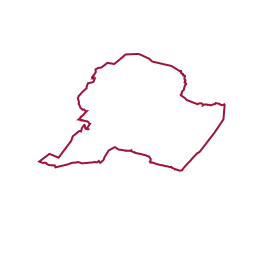 outline of Rendalen nor, Hedmark, Norway, rotated 323°
{"feature_id": "86288312B88288048958724", "entity_name": "Rendalen nor", "entity_type": "district", "adm_level": 2, "iso_a3": "NOR", "parent_name": "Norway", "parent_adm1": "Hedmark", "projection": "natural_earth1", "projection_center": [11.219, 61.807], "detail": "fine", "context": "isolated", "style": "outline", "palette": "rose", "viewbox_px": 256, "rotation_deg": 323, "n_neighbors": 0, "source": "geoboundaries", "source_scale": "gbopen_adm2", "svg_char_len": 5227}
<svg xmlns="http://www.w3.org/2000/svg" viewBox="0 0 256 256"><g transform="rotate(323 128 128)"><path d="M137.2,61.7L136.0,63.9L133.2,65.0L132.5,65.1L130.1,65.7L129.8,65.9L129.7,66.0L129.8,66.2L130.8,66.7L131.1,66.8L130.8,67.2L130.3,67.5L130.1,67.5L131.4,68.4L128.1,70.4L124.8,69.1L123.0,68.2L120.3,69.7L120.1,69.9L120.1,70.0L119.9,70.1L119.7,70.4L119.5,70.5L119.0,71.1L118.9,71.3L115.1,71.6L114.5,71.7L113.3,71.7L111.7,72.1L109.9,72.5L107.9,72.8L107.5,73.0L106.5,73.7L106.0,73.9L105.9,74.0L105.7,74.3L105.6,74.5L105.4,74.8L105.3,75.2L105.4,75.4L104.1,78.4L103.0,79.1L103.0,79.8L103.0,80.5L102.2,83.1L102.4,84.2L102.7,86.1L104.1,86.8L104.2,89.0L105.2,89.7L102.1,90.2L100.2,90.7L98.5,90.7L98.3,90.7L98.4,90.8L97.8,90.9L97.7,90.8L97.0,90.8L96.9,90.9L97.0,91.0L94.1,91.5L93.7,91.5L95.5,93.2L96.1,94.0L95.5,94.0L98.7,97.4L99.0,97.8L99.4,98.1L99.5,98.2L99.6,98.8L99.9,99.4L99.9,99.8L99.8,100.5L99.9,101.6L100.1,101.8L99.6,102.0L98.8,102.3L98.2,102.5L97.5,102.6L97.2,102.8L96.3,103.1L95.8,103.2L95.8,103.3L95.6,103.7L95.5,104.3L95.5,104.6L95.6,104.8L95.7,105.1L95.3,105.1L95.0,104.7L94.8,104.4L94.6,104.2L94.3,104.0L93.9,103.5L93.7,103.0L93.7,102.6L93.8,102.3L94.5,100.9L94.8,100.7L94.8,100.3L94.8,100.1L94.8,99.9L95.1,99.6L95.1,99.4L94.7,99.3L92.3,99.9L91.8,100.1L91.2,100.2L90.9,100.5L88.4,102.5L88.0,101.9L87.8,101.7L87.7,101.4L87.1,101.1L78.9,101.4L74.9,104.1L54.7,109.9L49.7,101.4L36.9,101.4L38.8,104.4L39.3,104.9L40.7,105.6L41.7,106.9L41.4,107.9L42.8,110.2L45.0,112.2L47.0,113.8L46.4,115.8L57.9,120.8L62.3,122.1L63.6,122.9L66.3,124.7L67.0,124.7L68.2,125.8L69.3,127.6L70.3,128.8L78.8,134.0L79.5,134.5L81.1,135.1L81.5,135.8L82.0,136.4L82.6,136.8L84.9,136.8L84.9,137.0L84.8,137.3L84.8,137.5L84.7,137.6L84.7,137.8L84.8,138.4L84.9,139.0L85.1,139.3L87.5,138.9L89.1,138.8L89.9,138.4L91.3,137.4L92.5,136.8L93.5,136.5L99.0,134.3L100.0,134.5L101.8,134.7L105.1,135.2L106.1,135.5L106.6,136.9L107.1,138.5L107.4,139.4L110.7,142.7L112.4,144.7L112.6,144.7L112.6,144.8L112.7,145.0L112.8,145.0L113.1,145.3L113.5,145.6L113.8,145.7L113.9,145.8L114.0,145.9L114.1,146.0L114.3,146.1L114.5,146.2L114.6,146.4L114.9,146.6L115.4,147.1L115.7,147.2L115.9,147.2L116.0,147.3L116.1,147.5L116.3,147.4L116.5,147.5L116.3,147.6L116.4,147.9L116.6,147.9L116.5,148.0L116.8,148.4L117.2,149.0L117.3,149.5L117.4,149.8L118.2,151.2L118.4,151.1L118.5,151.1L118.7,151.5L118.8,151.7L118.8,152.0L119.0,152.2L119.1,152.6L119.5,153.1L120.2,153.8L120.4,154.1L120.5,154.1L120.7,154.4L120.8,154.7L121.3,155.0L121.5,155.2L121.8,155.7L122.3,156.1L122.4,156.3L122.9,156.9L123.1,157.2L124.3,158.7L124.9,159.5L125.0,159.5L125.2,159.8L125.3,160.1L125.6,160.5L125.9,160.8L126.2,161.4L126.3,161.6L126.4,161.8L127.5,163.1L127.6,163.5L127.6,163.8L127.5,164.0L127.5,164.5L127.6,165.0L127.5,165.4L127.5,165.6L127.4,166.1L127.5,166.3L127.3,166.6L127.1,166.9L126.8,167.1L126.3,167.8L126.0,168.0L125.7,168.0L125.8,168.2L125.7,168.5L125.4,168.9L125.2,169.0L125.4,169.2L125.6,169.5L125.8,169.8L126.2,169.9L126.6,170.1L126.7,170.4L126.8,170.6L127.0,170.9L127.7,171.6L127.7,171.8L127.9,172.2L128.1,172.4L128.3,172.7L128.6,173.0L128.7,173.3L130.0,175.0L131.4,176.8L133.4,178.9L134.3,180.0L134.6,180.3L134.7,180.6L136.7,182.7L137.2,183.4L137.7,184.2L138.9,184.9L139.2,185.1L139.1,185.7L139.1,186.1L139.2,186.3L139.3,186.5L140.8,188.9L140.6,189.4L141.1,189.7L141.7,190.2L142.1,191.1L142.3,191.3L142.5,191.4L142.5,191.6L142.7,191.8L142.9,192.1L143.0,192.4L143.5,193.0L143.9,193.4L145.2,194.0L145.6,194.2L145.9,194.3L146.3,193.9L151.8,192.7L154.4,192.2L158.2,191.7L160.9,191.0L161.8,190.8L166.8,190.0L167.8,190.0L168.1,189.8L168.4,190.0L171.2,190.1L194.5,183.7L208.6,178.8L209.6,178.4L215.4,171.8L219.1,167.7L219.1,167.0L218.5,167.0L218.1,166.9L217.2,166.4L216.6,166.2L216.3,165.9L216.2,165.5L216.0,164.7L215.5,164.3L215.4,163.8L215.3,163.7L215.2,163.2L214.0,162.0L213.0,160.8L211.8,161.3L211.3,160.8L207.6,159.7L206.8,158.3L205.5,157.5L205.3,156.8L204.0,155.9L203.9,155.6L202.5,155.0L201.5,154.9L202.0,154.5L201.6,152.7L200.5,151.7L199.1,151.0L197.6,150.8L197.3,149.8L196.1,148.1L193.6,144.0L193.3,143.3L191.8,141.3L191.7,140.6L191.4,138.0L190.8,136.5L190.6,135.8L190.2,134.3L190.0,133.7L189.9,133.6L190.0,133.4L190.4,133.0L191.1,133.1L191.6,132.7L192.3,132.1L192.6,131.9L192.8,131.6L193.8,131.3L194.9,131.2L195.5,131.1L195.8,130.9L196.0,130.7L196.6,130.1L197.2,129.6L197.5,129.5L197.9,129.2L198.3,128.8L199.0,128.3L199.3,128.1L200.0,128.1L200.4,128.0L200.7,128.0L200.9,127.9L200.9,127.7L201.0,127.5L201.1,127.1L201.0,126.6L200.7,126.1L200.6,125.9L200.6,125.6L200.8,125.5L201.3,125.2L201.6,125.2L202.0,125.1L202.6,124.5L202.7,124.3L202.7,124.1L202.3,123.7L202.4,123.4L202.5,123.1L203.0,122.2L203.5,121.7L203.8,121.6L204.1,121.3L204.6,121.1L204.7,120.8L204.8,120.5L204.6,120.3L204.5,119.9L204.3,119.7L203.9,119.4L203.7,119.2L204.0,118.8L204.1,118.7L204.3,118.5L204.4,118.0L204.0,117.7L203.9,117.5L203.6,116.9L203.6,116.7L203.6,116.4L203.8,116.2L203.6,116.0L203.6,115.9L204.1,115.4L204.2,115.1L204.3,115.0L204.3,114.8L204.6,114.5L204.7,114.3L204.6,114.2L204.4,114.1L203.5,113.7L200.0,104.5L196.7,100.7L188.5,90.9L187.3,89.5L186.6,85.4L181.6,76.1L180.3,74.7L170.3,67.8L164.9,68.2L155.5,68.6L150.8,63.6L143.6,63.7L142.0,63.2L140.6,62.1L137.2,61.7Z" fill="none" stroke="#9f1239" stroke-width="2"/></g></svg>